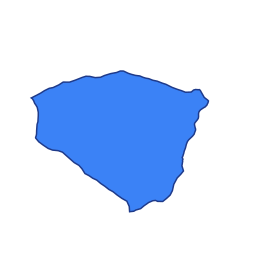 the district of Radi, Tashigang, Bhutan, rotated 145°
{"feature_id": "84629894B49132822130738", "entity_name": "Radi", "entity_type": "district", "adm_level": 2, "iso_a3": "BTN", "parent_name": "Bhutan", "parent_adm1": "Tashigang", "projection": "robinson", "projection_center": [91.705, 27.357], "detail": "fine", "context": "isolated", "style": "filled", "palette": "blue", "viewbox_px": 256, "rotation_deg": 145, "n_neighbors": 0, "source": "geoboundaries", "source_scale": "gbopen_adm2", "svg_char_len": 1852}
<svg xmlns="http://www.w3.org/2000/svg" viewBox="0 0 256 256"><g transform="rotate(145 128 128)"><path d="M46.6,104.0L46.7,105.1L48.0,109.3L47.5,114.7L47.2,117.4L47.6,118.6L48.3,118.9L50.6,120.8L52.6,121.5L54.0,121.3L55.5,121.2L56.9,122.0L60.4,124.3L62.7,127.8L65.5,131.5L68.6,136.0L70.5,139.5L71.9,142.1L72.6,143.0L74.2,145.1L77.2,149.6L80.3,152.9L81.1,154.1L82.7,156.5L84.9,158.7L86.6,160.9L88.5,163.9L91.8,166.9L94.5,170.1L96.5,172.8L99.0,177.2L101.6,179.1L105.5,180.0L111.0,182.5L117.2,184.5L121.4,185.3L126.0,188.1L129.7,192.2L131.2,193.3L132.7,194.5L136.5,195.7L140.3,196.6L143.6,197.4L149.6,199.1L154.8,202.8L160.0,203.0L162.2,203.4L166.2,204.1L169.8,205.7L175.0,206.5L179.7,206.7L186.5,207.6L190.0,208.1L189.5,206.6L189.7,204.2L190.3,201.8L190.3,199.3L190.4,198.5L190.5,197.0L191.5,194.6L192.5,192.3L194.4,189.6L195.9,187.7L198.2,184.8L200.4,183.1L202.7,180.3L204.4,178.2L206.4,175.5L208.0,174.0L209.0,173.4L209.4,172.7L209.0,167.8L207.2,162.4L205.1,157.0L202.5,153.2L198.1,149.4L195.5,145.7L194.4,140.9L193.2,135.9L191.9,130.5L189.6,125.5L189.1,120.8L189.4,115.4L187.3,111.4L185.7,107.1L183.5,103.3L182.2,98.3L180.4,93.6L178.9,88.6L176.8,84.4L175.4,79.5L173.3,73.7L170.9,68.7L172.0,63.0L174.7,58.5L171.0,56.5L168.6,56.3L163.9,54.7L159.5,55.1L153.7,55.1L149.4,54.2L147.0,52.9L145.8,50.9L141.7,47.9L136.9,48.2L131.9,48.9L127.6,51.2L122.8,55.6L116.3,58.9L111.4,59.8L107.2,61.0L105.5,66.1L102.1,69.6L101.8,70.5L100.9,70.9L100.5,72.8L99.0,73.6L98.2,74.3L97.2,75.0L95.2,76.8L94.3,77.4L92.5,78.6L89.5,81.2L87.1,82.8L85.1,83.5L81.1,84.1L79.8,84.3L77.4,85.0L76.2,85.9L75.5,86.4L74.0,87.4L73.2,88.4L73.0,89.3L71.7,92.5L71.0,93.4L70.2,93.9L66.3,95.0L64.8,95.7L63.7,96.8L62.0,99.3L60.8,100.4L59.4,101.0L58.0,101.3L54.2,101.2L52.7,101.0L51.3,101.3L50.2,101.5L49.0,102.3L48.1,102.7L46.6,104.0Z" fill="#3b82f6" stroke="#1e3a8a" stroke-width="1.5"/></g></svg>